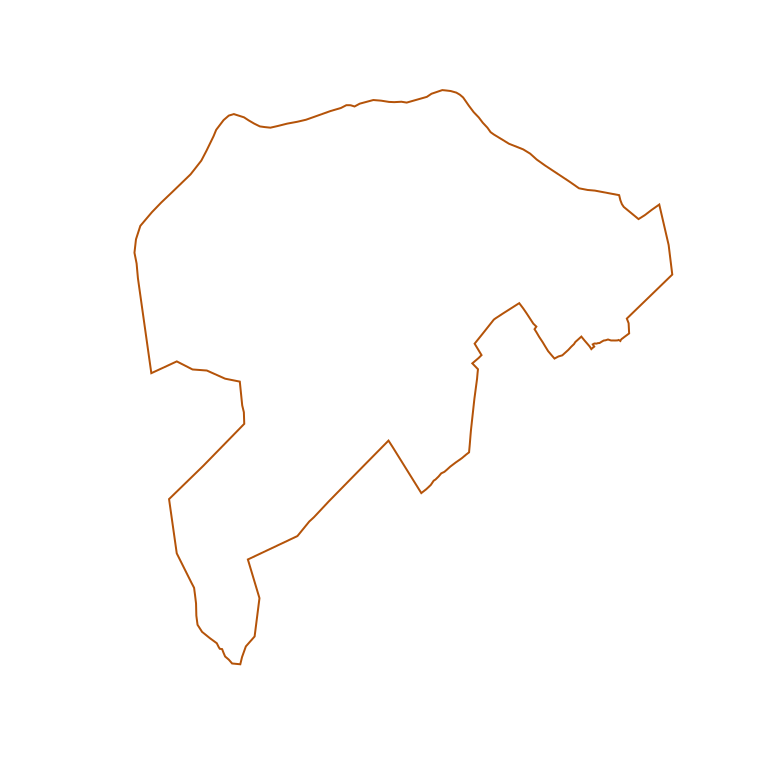 outline of Hadejia, Jigawa, Nigeria, rotated 189°
{"feature_id": "59680162B39799007570945", "entity_name": "Hadejia", "entity_type": "district", "adm_level": 2, "iso_a3": "NGA", "parent_name": "Nigeria", "parent_adm1": "Jigawa", "projection": "robinson", "projection_center": [10.051, 12.466], "detail": "fine", "context": "isolated", "style": "outline", "palette": "amber", "viewbox_px": 768, "rotation_deg": 189, "n_neighbors": 0, "source": "geoboundaries", "source_scale": "gbopen_adm2", "svg_char_len": 2605}
<svg xmlns="http://www.w3.org/2000/svg" viewBox="0 0 768 768"><g transform="rotate(189 384 384)"><path d="M369.0,683.6L372.4,683.4L382.5,678.1L386.6,674.3L405.6,665.5L411.0,665.5L417.9,664.0L423.2,663.4L431.2,663.4L439.0,662.8L451.8,657.1L456.5,653.5L460.6,654.1L464.8,653.5L469.7,649.9L479.6,645.2L493.9,637.4L502.4,632.8L510.5,629.5L520.4,626.0L529.3,622.2L536.3,619.4L541.9,619.1L546.9,619.0L553.0,620.9L558.9,623.2L564.0,625.5L574.6,627.1L579.3,624.8L583.7,619.6L589.5,608.8L591.1,602.1L593.7,593.6L595.8,586.7L599.4,576.0L607.8,560.9L623.3,540.3L632.4,528.4L640.1,517.4L649.4,502.1L651.6,488.1L651.0,474.6L647.2,464.3L643.6,450.0L619.4,371.0L615.5,358.3L592.2,373.9L575.4,368.4L561.1,369.6L541.8,364.4L526.8,363.8L520.7,340.7L518.0,334.2L515.8,322.8L523.5,311.9L549.7,274.9L578.3,236.7L562.2,184.3L542.9,157.3L539.7,153.0L537.6,145.9L535.3,137.8L533.1,125.8L530.5,117.0L524.9,110.7L516.0,105.6L508.6,101.8L506.1,98.3L504.8,96.8L502.4,96.8L500.5,93.5L498.3,90.0L494.2,87.5L490.3,84.2L482.1,84.7L481.5,92.1L479.4,103.2L472.3,114.4L473.5,153.0L491.0,189.4L445.7,220.3L436.3,236.5L432.4,241.4L420.2,259.4L390.6,301.0L370.7,328.8L365.8,323.3L330.1,282.1L325.8,286.7L322.0,291.6L319.8,296.3L318.2,297.7L315.6,301.2L313.5,304.7L310.6,306.7L308.4,309.3L305.7,312.7L300.8,317.8L295.6,322.8L291.6,327.4L289.3,329.8L289.8,337.4L290.6,347.8L290.9,352.2L292.4,383.4L292.9,403.7L293.3,409.4L293.5,413.3L300.0,418.2L294.6,424.5L292.2,427.8L300.8,438.0L298.0,442.9L294.5,449.0L285.6,464.8L284.0,466.4L277.6,472.2L275.9,473.7L263.1,485.0L261.2,483.2L258.3,480.4L254.4,476.3L249.7,471.1L246.0,467.0L242.5,464.5L243.9,461.7L241.3,458.7L238.1,454.8L233.8,450.1L230.7,446.4L227.0,442.1L222.7,438.4L219.6,435.8L216.0,438.5L212.4,440.2L207.3,446.5L204.9,450.1L202.6,453.1L201.6,455.4L196.5,461.7L192.7,458.3L188.9,455.1L186.7,453.2L184.7,450.9L183.6,452.3L182.2,453.8L184.0,455.8L182.6,456.9L180.2,457.2L179.2,457.8L177.5,458.2L175.7,459.8L173.8,461.3L172.1,461.8L169.7,463.0L167.8,462.7L166.5,462.5L164.1,462.9L162.6,463.1L160.2,463.6L159.1,464.2L158.1,463.8L157.3,463.5L157.2,464.2L156.2,465.8L155.5,466.4L154.4,467.6L149.8,472.3L151.9,482.3L154.4,486.6L116.4,537.2L124.6,565.8L140.2,604.3L146.8,597.9L152.8,591.6L158.4,586.7L174.9,596.4L177.2,598.9L179.1,602.2L179.2,602.3L181.3,607.3L206.0,608.0L213.2,607.5L222.0,607.8L232.7,613.0L258.0,624.5L260.1,625.5L268.3,629.6L275.7,634.4L283.2,637.5L298.0,640.8L314.5,647.6L318.1,649.4L321.9,653.3L327.3,657.5L332.1,662.1L337.9,666.5L343.8,672.2L347.7,676.3L350.7,679.4L354.3,681.6L358.1,683.1L364.0,683.8L369.0,683.6Z" fill="none" stroke="#b45309" stroke-width="2"/></g></svg>